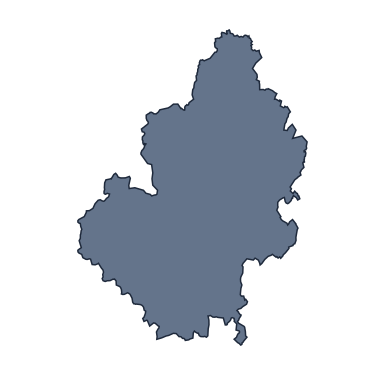 Granard Lea-5, Longford, Ireland, rotated 264°
{"feature_id": "5873133B33667997151224", "entity_name": "Granard Lea-5", "entity_type": "district", "adm_level": 2, "iso_a3": "IRL", "parent_name": "Ireland", "parent_adm1": "Longford", "projection": "equal_earth", "projection_center": [-7.593, 53.814], "detail": "fine", "context": "isolated", "style": "filled", "palette": "slate", "viewbox_px": 384, "rotation_deg": 264, "n_neighbors": 0, "source": "geoboundaries", "source_scale": "gbopen_adm2", "svg_char_len": 5985}
<svg xmlns="http://www.w3.org/2000/svg" viewBox="0 0 384 384"><g transform="rotate(264 192 192)"><path d="M323.1,224.0L321.2,217.8L322.4,216.3L322.0,215.6L322.3,214.5L321.9,213.8L319.7,212.8L317.9,212.9L317.6,212.1L316.6,211.3L315.0,211.6L313.5,210.6L311.0,210.2L309.6,209.4L308.1,209.3L307.0,208.2L302.5,208.2L300.7,206.1L297.5,205.1L295.5,204.8L293.6,203.4L288.6,202.3L284.1,203.3L281.2,198.5L279.1,197.6L278.8,196.6L279.4,196.0L278.4,194.8L278.4,194.5L277.1,193.6L276.1,193.7L274.2,193.2L274.5,192.1L276.4,190.2L276.1,189.7L280.9,187.1L281.3,182.7L279.1,179.3L278.1,177.1L277.1,168.6L274.9,166.8L273.4,164.4L273.8,162.0L274.6,161.5L275.6,159.8L275.5,158.5L274.7,158.0L274.6,157.1L273.2,154.5L270.0,154.2L267.8,154.7L266.7,155.6L265.1,155.8L264.1,155.0L259.9,148.3L257.1,148.8L256.6,150.4L255.3,151.2L253.8,150.6L251.9,148.4L249.1,148.0L248.1,148.5L246.2,148.3L244.9,148.5L244.3,148.9L245.2,149.8L244.6,151.2L243.1,149.8L241.2,149.1L239.2,147.5L238.6,146.6L236.2,145.3L234.9,145.2L225.0,150.8L223.5,154.7L215.1,155.0L209.3,153.6L202.9,153.7L197.4,157.9L193.5,156.9L192.9,155.8L192.9,154.2L192.3,151.5L194.0,150.2L195.6,146.0L198.8,143.9L202.2,135.6L202.0,129.9L205.2,129.8L212.1,132.1L214.0,131.3L213.0,127.2L213.4,122.6L214.5,120.1L216.7,119.3L218.6,118.0L217.6,116.1L213.6,113.1L213.9,112.9L213.5,111.8L213.1,107.7L210.2,106.1L205.4,105.3L203.7,105.4L201.8,104.6L199.9,104.4L199.3,104.8L198.8,105.8L199.5,107.6L198.6,109.8L195.9,108.5L194.5,106.2L192.7,104.5L192.0,103.3L192.5,101.8L193.9,99.9L193.6,97.8L190.5,94.4L186.1,91.8L184.2,88.1L184.3,85.0L182.9,84.8L178.8,82.3L176.5,76.6L175.4,75.5L173.9,75.4L172.8,76.5L172.4,77.6L169.1,77.8L166.4,78.5L165.0,77.7L161.9,77.0L161.1,76.5L157.6,76.1L155.4,74.7L148.2,76.1L146.3,72.7L145.6,72.3L144.2,72.4L143.1,73.2L141.5,75.8L138.1,76.6L136.2,79.4L135.9,80.8L136.3,82.9L135.8,84.1L130.3,85.1L129.7,88.1L130.4,90.7L130.9,91.5L125.7,94.0L124.0,95.2L122.7,95.5L121.4,95.6L119.2,94.6L116.8,94.7L115.3,93.6L113.1,94.3L112.1,96.3L112.6,98.5L112.4,101.2L113.6,104.4L113.3,105.3L113.5,105.9L111.5,107.2L107.4,107.0L105.5,110.3L104.4,111.0L102.4,111.6L99.3,111.6L98.0,111.1L97.4,112.2L97.3,113.9L98.5,117.5L97.0,119.5L96.3,119.9L92.6,121.3L88.6,121.5L86.9,122.4L86.8,123.3L86.3,124.0L86.4,124.7L85.5,128.7L84.8,130.1L83.7,131.1L82.4,131.8L79.5,132.1L78.3,133.5L76.0,132.9L72.5,131.2L71.4,129.8L68.3,130.7L69.2,133.6L68.8,134.2L63.1,135.9L65.8,140.1L65.3,141.7L62.3,144.4L61.8,145.3L60.1,144.8L59.3,143.9L56.5,142.0L51.8,142.2L49.2,141.6L50.1,146.6L51.5,151.2L51.8,153.8L53.4,158.7L52.8,161.6L49.5,164.0L49.3,165.8L47.4,167.3L47.3,168.6L46.2,169.5L45.1,169.8L45.3,173.3L46.0,174.6L46.6,177.6L51.8,178.6L53.4,179.8L51.8,181.4L50.9,182.9L50.9,183.5L48.4,184.2L47.3,185.6L46.9,188.2L47.1,189.5L46.1,191.2L47.3,192.7L54.2,193.8L58.2,195.0L62.8,195.4L67.0,195.0L66.9,195.7L67.3,197.3L65.4,199.7L65.1,201.8L65.4,203.0L64.6,204.5L63.4,210.0L56.3,211.2L56.2,212.7L56.8,213.3L57.7,213.3L59.5,215.9L60.8,217.1L62.5,217.8L62.9,218.8L61.9,220.7L60.6,220.6L60.2,220.9L59.0,220.4L56.2,222.7L50.1,221.4L49.0,224.1L48.7,224.5L47.8,224.7L46.7,224.0L46.5,223.3L45.4,222.4L42.8,221.0L41.2,218.5L37.4,221.7L36.4,223.2L34.7,224.4L35.0,225.3L35.6,225.9L36.7,226.0L37.4,227.2L38.3,227.8L41.9,231.5L43.3,230.3L47.6,230.5L52.1,230.2L53.0,229.6L56.7,224.6L58.5,223.7L59.7,225.0L61.3,225.7L63.9,227.8L64.6,227.9L64.8,227.2L67.4,225.6L67.8,225.7L69.4,224.3L70.7,225.9L71.1,228.4L72.7,230.5L74.7,234.5L77.1,235.7L79.7,234.2L79.0,233.2L83.1,232.5L83.3,230.2L84.8,229.3L90.8,230.5L94.3,231.9L97.6,231.0L100.3,231.1L102.4,231.7L106.1,234.0L112.2,234.9L113.6,234.1L115.6,235.2L119.8,239.6L117.9,245.9L119.6,247.8L117.3,250.9L114.5,251.8L112.3,252.1L113.6,254.0L117.3,257.3L120.1,261.1L120.7,263.9L121.6,265.4L118.4,268.8L118.9,269.6L117.3,270.7L118.3,272.5L116.8,273.3L118.8,275.6L120.0,276.2L121.8,278.6L125.7,282.5L127.1,282.4L128.2,286.8L128.7,286.8L130.0,288.6L129.9,288.9L133.0,290.4L136.1,290.6L143.5,292.7L145.0,293.6L149.5,291.7L149.6,291.9L154.1,289.1L152.0,285.9L150.2,284.8L149.2,283.7L151.0,283.2L153.9,279.1L155.4,277.8L157.6,277.0L158.2,277.8L165.0,274.4L168.1,276.0L169.3,275.8L172.8,276.2L174.9,278.3L176.6,281.8L176.9,283.3L172.8,283.7L171.4,284.4L171.4,284.1L170.4,286.0L171.1,287.4L173.0,289.6L175.4,290.8L175.3,291.4L176.9,291.9L177.7,292.5L175.6,295.1L173.0,296.3L174.0,298.5L176.9,297.8L176.9,297.3L179.5,296.6L179.9,295.8L182.1,294.2L179.9,292.3L182.7,289.9L184.8,291.2L186.7,290.1L193.4,295.5L195.3,298.6L195.7,298.8L197.5,302.1L200.3,301.5L200.9,302.3L201.3,302.2L202.7,303.3L204.8,305.9L209.3,305.2L210.3,306.0L209.8,306.3L210.1,307.0L212.4,306.8L212.6,307.1L215.5,307.7L215.8,308.5L218.8,309.3L220.2,309.0L220.1,307.8L221.2,307.7L222.2,309.3L222.1,309.6L223.5,310.6L225.4,310.4L229.8,311.7L236.2,307.2L234.8,297.7L242.7,301.9L248.8,298.8L245.6,294.6L243.2,293.1L244.0,289.8L250.1,291.5L251.7,292.9L255.3,294.2L256.8,295.5L259.7,296.3L261.4,298.2L266.7,295.7L266.4,295.2L267.5,293.3L266.6,293.0L266.3,291.9L268.4,288.8L273.1,290.5L274.2,289.0L273.1,288.5L275.1,285.8L275.8,284.6L275.7,283.9L278.1,284.7L281.0,286.6L282.1,284.9L284.3,282.7L286.7,278.7L286.4,278.6L286.6,276.5L285.6,275.2L286.5,273.6L286.7,270.0L291.9,270.5L294.2,270.3L295.1,270.6L297.0,267.7L299.3,268.9L302.2,268.9L308.5,265.1L313.5,268.9L318.4,275.4L323.5,273.6L325.8,273.6L325.3,270.6L326.7,269.3L326.2,267.5L328.0,266.0L329.8,266.5L331.5,265.9L332.3,267.3L333.3,266.3L334.1,266.3L335.3,267.6L336.7,266.6L338.2,266.3L338.8,265.9L339.0,265.1L341.3,264.9L340.6,263.7L341.8,263.0L342.4,261.2L342.0,260.2L340.9,259.3L340.8,258.7L341.6,257.1L341.1,255.3L343.2,253.3L342.6,252.1L342.7,250.2L344.6,249.4L345.3,248.5L345.8,246.7L348.1,246.5L349.3,245.9L348.5,244.4L348.6,243.3L347.6,243.1L345.9,243.6L345.3,243.1L346.8,240.9L347.6,238.5L346.7,237.8L343.1,237.8L343.1,236.8L341.9,235.2L342.3,233.8L341.9,231.2L339.0,231.2L338.5,230.3L337.9,230.0L333.9,230.0L332.4,231.2L331.8,232.1L330.2,232.0L328.6,230.9L328.6,229.4L323.1,224.0Z" fill="#64748b" stroke="#1e293b" stroke-width="1.5"/></g></svg>